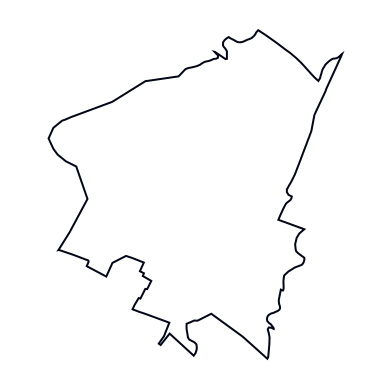 outline of San Pedro Mártir, Oaxaca, Mexico, rotated 272°
{"feature_id": "50627088B40688642514204", "entity_name": "San Pedro Mártir", "entity_type": "district", "adm_level": 2, "iso_a3": "MEX", "parent_name": "Mexico", "parent_adm1": "Oaxaca", "projection": "orthographic", "projection_center": [-96.704, 16.749], "detail": "fine", "context": "isolated", "style": "outline", "palette": "ink", "viewbox_px": 384, "rotation_deg": 272, "n_neighbors": 0, "source": "geoboundaries", "source_scale": "gbopen_adm2", "svg_char_len": 3409}
<svg xmlns="http://www.w3.org/2000/svg" viewBox="0 0 384 384"><g transform="rotate(272 192 192)"><path d="M348.1,223.3L347.1,221.7L346.3,220.7L346.0,220.5L345.1,219.4L342.8,217.9L342.0,217.9L339.9,217.8L338.4,218.5L336.6,220.2L333.8,222.0L329.8,222.1L326.3,222.2L326.0,220.9L326.8,219.6L332.8,210.1L332.9,209.6L330.8,211.7L329.5,213.2L327.0,213.2L326.1,211.6L325.7,208.8L324.7,207.1L323.5,204.1L322.6,200.3L321.0,197.5L319.5,195.7L318.0,192.5L316.7,188.1L315.7,183.8L314.6,181.2L307.1,174.6L301.1,141.5L279.7,109.7L279.3,109.1L262.5,68.2L259.9,62.8L258.7,59.6L251.3,51.2L240.5,46.8L230.2,52.0L224.6,56.5L218.2,65.0L213.5,75.4L181.4,87.8L147.3,71.0L129.4,60.6L129.5,60.9L125.2,75.2L119.9,90.8L118.6,91.1L114.2,89.4L110.0,98.0L104.5,109.3L118.4,115.0L125.8,128.3L124.0,134.5L120.0,145.8L119.8,146.3L111.0,142.7L109.6,145.7L109.1,146.8L106.3,145.8L101.7,154.4L93.4,150.6L93.5,148.7L83.7,144.2L84.2,142.7L84.1,142.4L76.6,138.3L72.7,136.7L70.5,143.1L68.6,149.5L61.8,170.3L60.6,173.9L46.8,169.0L45.2,167.9L41.5,165.5L39.8,164.4L39.3,164.1L38.0,166.0L49.7,174.6L28.5,199.4L31.2,201.2L34.9,202.2L37.1,202.2L40.0,201.7L41.9,199.6L42.6,198.2L43.5,196.3L44.6,194.2L46.6,193.0L50.4,192.3L54.6,191.4L58.0,191.2L60.1,191.2L62.0,195.4L63.6,198.6L63.6,202.1L71.0,215.5L49.3,247.6L28.0,273.1L29.7,273.9L34.5,274.2L42.3,274.6L48.7,274.6L49.4,274.6L53.4,273.7L57.4,272.5L59.3,273.5L59.1,276.1L58.0,278.4L58.6,278.5L62.4,275.6L63.5,273.9L65.5,271.8L67.7,271.3L68.8,271.5L70.0,271.8L70.6,272.0L71.5,272.8L72.1,273.4L73.3,275.2L74.0,277.6L74.8,279.0L75.9,281.5L77.4,283.5L79.1,284.1L80.7,283.9L82.7,283.1L84.5,282.7L87.2,282.5L94.5,283.7L97.5,284.2L96.7,286.0L96.7,286.3L97.6,286.7L98.6,286.9L99.8,286.9L103.0,286.7L104.3,286.6L105.6,286.5L108.4,286.6L111.7,287.0L111.9,287.2L112.7,287.9L115.9,291.1L117.9,294.1L120.1,297.3L122.9,304.0L123.6,304.8L124.9,305.7L126.7,306.3L128.7,306.7L130.2,306.5L134.5,300.2L136.3,298.3L137.7,297.7L143.3,296.9L144.8,297.2L149.9,298.2L154.4,300.8L158.7,305.5L167.2,279.3L170.7,280.6L177.5,283.4L180.6,284.8L183.7,286.4L184.9,287.6L186.0,289.0L187.3,290.5L188.9,291.5L191.0,291.9L192.5,288.6L195.2,286.8L198.1,286.7L198.3,287.1L199.6,287.6L200.6,288.1L202.0,288.8L202.5,289.1L204.7,290.3L206.1,291.0L208.5,292.1L208.8,292.3L211.4,293.4L212.9,294.1L214.9,294.8L215.3,295.0L216.6,295.4L218.7,296.1L222.9,297.6L226.2,298.7L227.9,299.3L229.1,299.7L230.9,300.3L233.2,301.1L234.6,301.5L235.7,301.9L237.0,302.4L238.1,302.7L239.2,303.1L243.8,304.7L244.7,305.0L247.2,305.8L248.4,306.2L250.2,306.9L251.4,307.3L252.5,307.6L253.6,308.0L255.1,308.5L257.3,309.2L273.1,311.6L274.3,312.1L276.2,312.9L278.7,313.9L282.1,315.4L284.3,316.3L286.1,317.1L287.7,317.8L289.9,318.7L292.4,319.8L297.4,321.9L300.0,322.7L331.8,335.9L335.2,337.2L334.2,336.0L332.8,334.8L331.9,333.7L331.1,332.4L330.6,331.2L330.3,329.6L330.1,328.1L329.3,326.7L328.7,326.0L328.0,324.9L326.8,323.7L324.7,321.6L323.5,320.6L321.8,319.8L320.5,318.9L319.0,318.2L316.6,317.5L315.4,317.3L312.7,316.5L312.0,316.4L309.9,315.9L307.4,314.4L310.9,310.3L314.1,307.1L322.3,299.2L325.3,296.2L329.5,291.5L334.3,285.4L337.9,280.0L342.5,273.5L343.3,272.4L349.4,263.2L351.3,260.3L356.0,252.5L353.6,250.5L352.1,249.9L350.3,248.7L348.0,246.3L347.0,244.3L346.1,242.0L345.4,240.6L344.6,239.1L343.8,237.3L343.3,235.2L343.3,233.7L343.6,231.9L344.4,230.3L345.3,228.6L346.1,226.9L346.8,225.5L347.4,224.1L348.1,223.3Z" fill="none" stroke="#020617" stroke-width="2"/></g></svg>